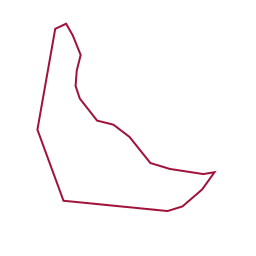 Stonefield, Soufrière, Saint Lucia, rotated 14°
{"feature_id": "8701671B93108958332775", "entity_name": "Stonefield", "entity_type": "district", "adm_level": 2, "iso_a3": "LCA", "parent_name": "Saint Lucia", "parent_adm1": "Soufrière", "projection": "robinson", "projection_center": [-61.059, 13.846], "detail": "fine", "context": "isolated", "style": "outline", "palette": "rose", "viewbox_px": 256, "rotation_deg": 14, "n_neighbors": 0, "source": "geoboundaries", "source_scale": "gbopen_adm2", "svg_char_len": 390}
<svg xmlns="http://www.w3.org/2000/svg" viewBox="0 0 256 256"><g transform="rotate(14 128 128)"><path d="M222.6,150.0L212.2,154.5L178.5,157.6L158.2,156.6L131.6,136.3L113.0,128.3L96.2,128.3L74.1,111.1L67.0,100.0L64.4,84.8L64.4,68.6L52.0,51.5L42.7,41.8L33.4,49.4L40.5,151.5L83.0,214.2L186.5,199.0L199.8,190.9L214.8,169.7L222.6,150.0Z" fill="none" stroke="#9f1239" stroke-width="2"/></g></svg>